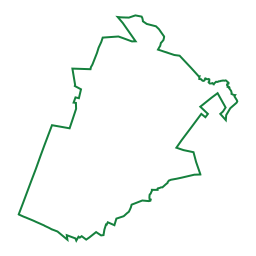 the district of Berzovia, Caras-Severin, Romania
{"feature_id": "2599482B54614401056167", "entity_name": "Berzovia", "entity_type": "district", "adm_level": 2, "iso_a3": "ROU", "parent_name": "Romania", "parent_adm1": "Caras-Severin", "projection": "natural_earth1", "projection_center": [21.6, 45.4], "detail": "fine", "context": "isolated", "style": "outline", "palette": "green", "viewbox_px": 256, "rotation_deg": 0, "n_neighbors": 0, "source": "geoboundaries", "source_scale": "gbopen_adm2", "svg_char_len": 3035}
<svg xmlns="http://www.w3.org/2000/svg" viewBox="0 0 256 256"><path d="M236.6,102.7L237.3,101.3L236.8,100.1L235.9,98.7L235.1,97.4L234.5,96.5L234.8,95.6L235.1,95.1L234.7,95.1L233.1,94.7L231.5,93.9L231.6,92.6L231.3,91.7L231.2,91.1L230.2,89.6L229.0,88.0L229.4,87.4L229.2,87.1L228.6,86.9L227.6,86.9L227.6,86.3L227.6,85.5L227.0,85.0L227.1,84.3L227.8,83.9L228.5,83.6L228.5,82.7L227.1,81.6L226.3,80.7L225.6,80.4L224.3,80.7L223.3,80.5L222.8,80.5L222.3,80.7L221.1,80.8L220.1,81.2L218.8,81.3L217.7,81.9L216.0,81.8L215.1,82.7L213.9,83.6L213.8,84.3L213.5,84.3L213.2,83.7L212.4,83.1L211.7,83.4L209.8,83.5L209.3,83.1L208.6,82.2L209.2,81.4L209.3,80.3L209.3,79.9L209.3,79.4L208.7,79.0L208.4,79.1L207.4,79.2L206.9,79.2L206.5,79.0L206.0,78.6L205.3,78.4L204.8,79.2L204.9,79.6L204.6,80.2L204.1,80.7L203.2,80.9L202.4,80.6L201.0,79.2L199.3,79.0L199.4,77.2L199.5,76.4L198.9,76.6L198.8,76.4L195.0,72.2L191.1,67.9L179.6,55.7L174.3,55.0L158.0,49.6L159.4,47.1L160.2,45.9L160.9,42.9L161.9,41.9L163.4,40.1L163.5,39.7L163.7,39.0L163.9,38.1L164.1,37.0L164.1,36.5L161.4,32.7L158.9,29.1L156.7,27.0L156.0,26.3L151.3,25.1L146.6,23.9L146.0,23.4L145.4,23.0L142.9,21.3L142.8,20.1L142.3,18.0L141.6,16.6L135.4,15.4L128.9,17.6L125.2,17.5L122.3,17.4L120.5,17.3L117.7,17.0L122.8,23.0L135.6,41.3L131.9,41.4L122.7,38.0L118.4,36.5L102.7,37.6L101.3,41.9L98.6,47.7L97.0,52.9L92.4,64.6L90.9,67.2L90.5,69.2L72.4,68.6L75.1,84.8L74.8,86.0L81.0,89.3L78.9,98.2L75.5,97.4L73.6,102.6L75.9,102.9L76.1,108.8L72.9,118.5L69.6,128.3L52.0,125.2L44.4,145.3L40.5,155.9L35.9,168.8L31.1,181.4L23.0,203.1L18.7,214.4L18.8,214.5L19.7,214.9L20.4,215.2L22.8,216.3L24.2,216.9L25.2,217.3L25.4,217.3L26.5,217.8L28.9,218.8L31.1,219.7L33.0,220.5L34.6,221.2L35.4,221.6L36.3,222.0L40.2,223.7L41.5,224.3L43.6,225.2L43.8,225.3L44.2,225.5L44.8,225.9L46.1,226.5L48.9,227.8L50.2,228.5L51.3,229.1L51.5,229.2L51.6,229.3L51.8,229.3L52.0,229.4L52.3,229.5L52.5,229.6L53.0,229.8L53.6,230.0L57.5,231.5L67.4,239.7L66.8,235.2L75.4,238.4L76.3,240.6L78.5,236.7L79.8,237.6L81.7,236.2L86.2,239.6L89.4,237.4L96.1,232.1L101.1,235.4L103.5,235.1L104.4,229.6L106.0,224.5L106.6,224.7L107.8,222.3L114.4,225.2L115.9,220.2L116.4,218.6L123.4,216.3L123.8,216.1L124.5,215.5L126.9,213.3L128.3,212.2L128.9,211.7L130.0,209.4L130.9,207.3L131.0,206.9L131.6,204.7L132.2,204.4L133.6,203.9L142.3,200.5L148.8,201.1L149.8,200.9L150.4,200.7L150.7,199.5L150.1,199.3L149.6,199.2L149.5,198.3L149.4,197.9L149.5,195.8L149.7,194.5L150.7,193.6L151.1,192.4L151.9,190.9L151.9,189.8L154.8,189.9L157.6,189.9L157.6,188.6L158.0,188.3L159.6,188.0L160.9,187.4L161.7,187.3L162.5,187.3L163.1,186.7L163.6,186.3L165.8,184.3L167.5,183.0L167.6,182.3L168.0,181.8L168.8,180.6L169.2,180.5L170.8,179.8L171.8,179.6L172.4,179.5L176.8,178.7L181.9,177.6L194.3,174.7L200.4,174.5L200.4,174.4L196.1,162.0L193.5,152.2L183.5,150.1L176.4,147.7L181.7,140.1L184.7,136.1L191.4,127.2L201.3,113.9L205.4,117.2L207.9,113.9L200.3,106.7L211.4,97.8L217.6,93.2L225.6,107.5L222.9,111.6L220.3,113.9L225.8,120.1L226.2,115.1L230.3,108.2L236.6,102.7Z" fill="none" stroke="#15803d" stroke-width="2"/></svg>